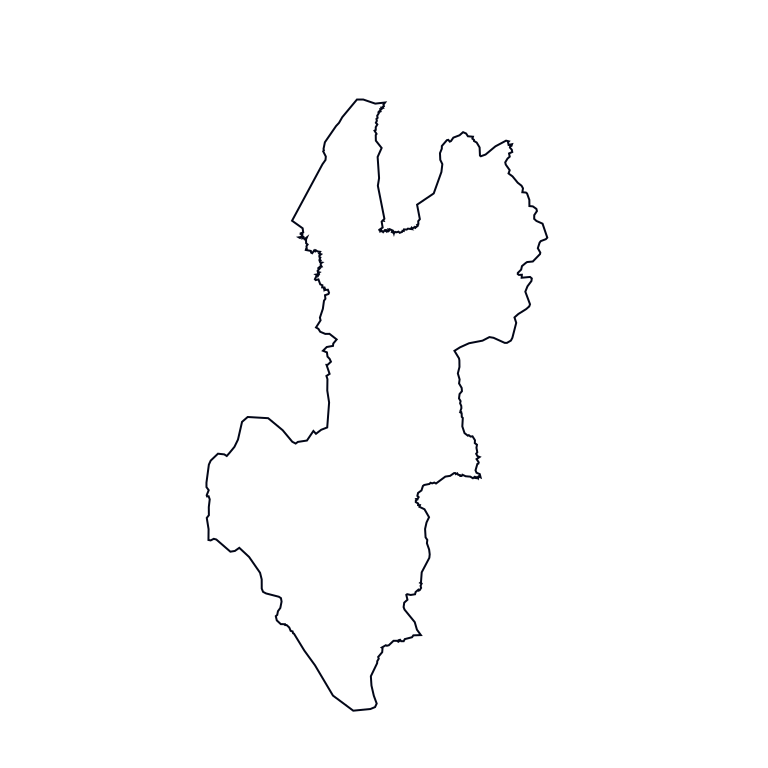 Erawan, Loei, Thailand, rotated 223°
{"feature_id": "78962969B28697465385872", "entity_name": "Erawan", "entity_type": "district", "adm_level": 2, "iso_a3": "THA", "parent_name": "Thailand", "parent_adm1": "Loei", "projection": "mercator", "projection_center": [101.991, 17.279], "detail": "fine", "context": "isolated", "style": "outline", "palette": "ink", "viewbox_px": 768, "rotation_deg": 223, "n_neighbors": 0, "source": "geoboundaries", "source_scale": "gbopen_adm2", "svg_char_len": 6166}
<svg xmlns="http://www.w3.org/2000/svg" viewBox="0 0 768 768"><g transform="rotate(223 384 384)"><path d="M279.5,140.0L260.5,134.7L242.6,131.2L208.8,121.3L183.7,124.1L172.3,137.0L170.2,141.6L171.4,145.3L178.9,149.1L187.5,154.9L194.3,161.3L198.6,175.1L199.9,176.7L200.5,179.5L202.1,180.4L202.4,186.6L204.9,189.8L205.9,189.7L204.5,194.2L203.4,194.5L202.3,196.2L201.9,202.7L199.4,205.0L197.7,205.3L197.5,206.6L198.4,206.9L197.8,207.9L196.0,207.6L194.2,209.3L194.8,211.6L190.8,217.9L191.1,220.2L185.8,225.5L192.4,226.8L199.1,230.8L215.1,233.0L217.5,234.2L220.1,237.9L219.7,242.2L223.9,245.0L223.7,246.1L220.6,247.9L217.9,251.4L219.0,253.4L218.6,256.9L217.7,256.6L217.3,257.6L217.8,260.2L219.6,261.3L220.4,263.7L221.9,263.3L221.8,264.3L228.0,272.0L232.3,287.8L234.4,290.6L238.1,293.7L244.0,296.8L246.0,299.5L249.0,300.2L255.1,306.0L258.5,311.8L260.2,317.3L269.0,320.0L274.4,318.3L275.1,319.9L276.5,318.7L277.5,319.9L280.2,319.3L281.4,320.7L280.9,322.0L281.8,322.1L281.1,322.9L281.5,324.9L283.3,324.9L284.8,327.6L284.0,331.7L286.0,336.0L285.7,337.6L282.6,341.9L282.6,343.5L281.0,344.2L280.0,346.2L278.1,346.7L276.0,358.1L273.0,361.9L272.0,366.6L271.2,367.4L270.0,367.1L269.5,368.6L267.8,368.2L266.3,369.2L265.5,368.7L264.5,369.7L264.8,371.1L261.4,372.2L257.7,375.1L254.7,375.7L254.3,378.1L253.4,378.3L253.2,377.5L252.3,378.1L252.4,379.3L250.8,379.1L251.7,381.0L249.7,381.6L252.5,383.4L255.8,382.2L258.2,383.3L261.2,389.2L260.7,390.1L261.3,391.3L265.1,392.2L264.3,395.8L266.4,395.0L269.0,395.8L269.2,397.7L272.9,400.4L274.6,403.0L277.3,402.7L279.1,404.9L283.6,406.1L284.8,404.6L287.1,404.4L287.4,403.4L291.6,403.0L297.8,406.4L303.2,412.9L304.7,413.0L307.3,415.6L308.8,415.3L308.8,416.2L309.6,416.2L310.9,419.1L312.6,420.7L315.2,421.8L316.3,423.7L319.3,424.6L321.9,428.2L322.1,431.9L324.5,434.1L329.5,435.6L331.8,438.9L337.2,442.1L340.4,447.9L345.0,452.7L346.6,453.9L355.1,456.3L353.4,462.7L349.6,471.8L341.5,482.9L338.9,490.2L335.4,492.5L323.8,496.4L322.1,498.0L320.8,502.3L321.6,505.3L329.0,518.9L334.0,521.7L333.5,526.8L331.1,535.8L330.7,539.8L331.6,541.9L343.6,547.9L345.7,553.3L346.4,559.8L347.9,562.0L350.2,561.9L355.8,555.6L357.7,557.9L359.7,555.8L361.1,555.6L361.9,556.5L361.7,561.2L363.5,564.3L362.9,569.2L362.5,570.8L358.7,575.1L358.5,585.4L359.3,586.7L364.1,588.2L366.6,593.5L366.8,595.4L364.4,600.3L364.4,602.4L377.4,609.4L383.7,607.2L386.8,607.2L389.3,610.0L390.1,614.8L392.0,616.0L396.3,615.4L399.0,613.3L403.3,617.8L409.3,620.9L410.8,620.8L413.6,618.6L415.8,621.9L418.6,622.8L423.5,622.4L431.6,623.5L436.5,622.9L437.9,626.1L444.6,627.5L446.5,628.8L447.4,633.1L447.1,636.0L449.8,637.9L448.4,641.1L450.3,642.5L453.2,642.8L454.1,644.3L453.2,645.1L453.9,646.7L455.9,643.8L458.2,645.4L458.2,646.6L460.7,645.2L464.6,633.8L466.2,621.1L468.5,616.6L469.6,616.5L475.4,622.2L480.9,623.8L483.9,623.1L484.7,623.9L486.7,623.7L487.6,625.5L491.6,622.4L494.8,623.2L497.9,622.1L498.4,617.4L501.3,611.5L500.7,607.3L501.2,606.1L503.5,606.4L504.3,605.2L504.0,597.5L502.2,595.5L500.5,591.0L495.7,586.3L491.3,584.6L486.6,578.2L477.6,557.3L482.1,537.7L470.2,529.0L470.0,526.4L468.0,524.5L468.3,523.0L467.2,522.8L467.5,520.5L468.3,520.1L467.8,519.4L468.8,519.0L469.4,516.8L470.4,517.1L470.3,516.0L469.6,516.0L472.5,513.9L472.7,512.4L474.8,510.7L473.9,509.4L475.0,508.7L474.5,507.6L475.6,505.3L477.3,505.3L478.2,503.6L479.2,503.1L479.4,503.6L479.5,501.9L480.1,501.9L479.6,501.0L480.8,501.7L480.9,500.8L481.9,500.5L482.5,502.1L484.9,501.3L484.9,500.5L485.8,501.7L485.6,500.4L486.2,500.0L485.1,499.4L485.7,497.6L486.3,498.1L486.9,497.3L487.6,497.9L488.3,497.2L488.2,494.5L489.5,494.6L490.3,493.6L490.9,494.3L491.1,493.4L491.7,494.1L492.8,492.8L491.7,497.5L496.4,501.1L496.5,502.6L495.7,503.1L496.3,503.3L496.4,505.1L523.7,524.8L528.0,531.2L543.5,545.7L546.7,555.0L555.9,556.4L559.8,560.4L560.0,561.8L563.7,562.8L563.3,564.2L565.2,566.2L565.9,569.3L568.1,569.5L568.7,571.6L570.3,572.7L570.2,574.3L571.9,575.5L572.5,578.5L573.3,578.9L572.6,580.6L573.4,580.5L573.2,581.5L574.1,582.4L573.4,582.8L573.3,583.9L574.3,584.3L573.1,585.3L573.9,585.6L573.5,587.1L574.9,587.9L575.2,590.6L581.6,583.1L593.2,577.9L597.8,573.6L596.5,550.7L595.0,544.3L595.0,540.0L592.1,520.5L588.5,514.6L587.3,513.9L587.2,512.7L581.7,510.7L579.6,508.0L578.9,502.8L562.6,440.7L549.7,442.4L546.5,439.8L547.7,437.3L547.3,436.9L546.1,438.1L545.4,437.4L545.0,434.9L546.3,433.2L545.0,433.5L544.3,436.5L543.1,436.6L542.8,435.2L542.1,436.1L540.9,435.7L540.4,438.7L539.6,436.5L536.9,433.8L535.0,433.9L534.7,431.9L532.6,430.1L533.1,429.7L532.6,428.7L528.3,431.4L526.9,430.4L525.7,430.7L526.2,434.2L524.9,434.1L525.1,435.3L523.1,435.6L520.9,437.1L520.5,435.2L518.5,436.0L518.8,433.8L518.0,432.9L516.8,433.1L516.2,431.3L514.9,431.2L515.3,430.3L513.8,429.5L512.2,430.5L512.5,429.2L511.5,427.9L509.8,427.4L510.8,426.3L511.1,423.9L510.5,423.5L509.8,424.3L509.7,421.4L508.8,420.9L507.4,421.6L507.7,420.3L506.4,420.0L506.1,418.3L507.3,419.1L508.4,417.6L507.3,417.8L506.0,413.5L504.8,413.4L503.3,415.8L498.6,413.4L496.4,414.2L495.1,412.5L493.9,413.5L492.1,412.3L492.4,413.5L491.0,412.8L489.3,414.7L486.4,413.2L486.0,411.9L487.7,408.7L485.0,406.4L484.7,404.0L480.0,397.3L476.1,388.8L473.8,387.3L472.3,379.0L469.6,379.6L466.3,378.7L461.1,380.6L458.1,383.5L449.0,384.3L448.7,379.0L447.3,377.1L451.1,372.0L451.3,366.7L447.3,368.2L444.0,365.5L440.9,365.3L438.0,364.1L438.3,359.6L439.1,358.8L430.7,354.3L431.6,350.6L428.7,349.0L421.0,340.5L411.5,333.0L395.9,313.5L398.7,307.7L399.8,301.2L403.6,301.5L401.8,290.1L407.5,282.9L408.0,280.2L411.7,279.2L426.6,281.1L445.4,280.0L461.2,266.9L462.0,259.5L452.9,243.8L450.5,236.0L450.0,228.1L449.9,224.1L452.8,223.6L457.9,219.8L458.5,209.8L457.1,205.6L446.6,190.8L443.5,187.5L439.8,186.8L437.8,181.7L436.7,181.1L435.7,182.3L432.8,180.8L428.2,174.5L422.6,168.6L422.3,165.2L413.3,158.2L406.0,150.2L404.1,151.4L402.9,154.7L400.6,155.9L382.0,156.6L379.2,160.2L378.1,165.5L364.7,165.5L345.9,161.4L340.2,157.7L333.9,151.0L330.7,149.5L327.4,150.4L315.8,156.7L313.3,157.1L310.5,155.0L307.1,149.5L306.6,145.5L304.6,142.3L304.8,140.4L301.2,138.0L295.7,138.0L292.6,140.8L291.9,140.3L290.8,141.3L287.2,141.3L283.9,139.8L282.1,140.7L280.5,139.7L279.5,140.0Z" fill="none" stroke="#020617" stroke-width="2"/></g></svg>